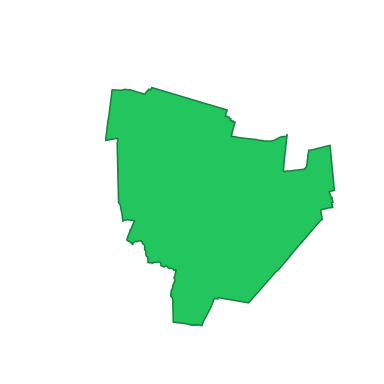 Pijnacker-Nootdorp, Zuid-Holland, Netherlands (Natural Earth projection), rotated 125°
{"feature_id": "6326949B78332299759776", "entity_name": "Pijnacker-Nootdorp", "entity_type": "district", "adm_level": 2, "iso_a3": "NLD", "parent_name": "Netherlands", "parent_adm1": "Zuid-Holland", "projection": "natural_earth1", "projection_center": [4.43, 52.011], "detail": "fine", "context": "isolated", "style": "filled", "palette": "green", "viewbox_px": 384, "rotation_deg": 125, "n_neighbors": 0, "source": "geoboundaries", "source_scale": "gbopen_adm2", "svg_char_len": 5649}
<svg xmlns="http://www.w3.org/2000/svg" viewBox="0 0 384 384"><g transform="rotate(125 192 192)"><path d="M154.1,316.0L155.6,315.3L157.7,314.1L159.7,313.0L161.8,311.9L163.7,311.0L172.4,306.4L178.1,303.4L181.4,301.9L183.3,301.0L184.1,300.5L187.4,298.8L190.2,297.2L193.0,295.8L194.8,294.8L196.9,293.7L198.3,292.9L199.2,292.1L196.7,289.8L195.8,288.7L190.9,284.1L191.4,283.7L191.2,283.3L191.4,283.1L191.6,282.8L192.2,282.4L192.7,282.0L193.2,281.7L193.6,281.6L194.4,281.7L242.8,246.1L243.5,244.0L243.9,243.3L246.8,240.4L250.2,236.7L251.5,235.4L253.1,234.1L253.4,233.9L255.5,232.0L254.2,231.3L253.8,231.1L252.8,230.2L252.6,229.7L252.1,229.4L251.9,229.2L248.5,222.7L248.8,222.6L249.8,222.3L253.9,221.6L254.2,221.4L255.4,221.2L255.6,221.1L259.2,220.4L259.2,220.5L259.3,220.4L265.6,219.0L265.8,218.7L267.8,218.3L268.4,218.0L268.7,217.8L268.8,216.8L268.8,216.0L268.6,215.9L268.7,215.6L268.5,215.2L268.4,214.9L268.5,214.8L268.5,214.7L268.5,214.1L268.3,213.6L268.2,213.5L268.4,213.3L268.5,213.1L269.1,210.8L269.1,210.7L268.9,210.6L268.6,210.5L268.1,210.7L267.9,210.7L267.0,210.9L266.6,210.9L266.6,210.7L265.6,210.2L264.9,209.9L264.7,209.7L264.2,208.5L264.0,208.2L263.8,208.1L262.9,207.8L262.5,207.5L262.5,207.4L262.3,207.0L261.9,206.4L261.2,205.8L261.1,205.6L261.3,205.5L261.4,205.4L261.4,205.1L261.2,204.8L261.2,204.5L261.7,204.2L262.0,203.9L262.2,203.7L262.3,203.6L262.3,203.3L262.3,203.0L262.5,202.8L262.5,202.5L262.8,202.0L262.8,201.8L262.7,201.4L262.8,200.9L262.9,200.4L263.3,199.9L263.5,199.5L264.1,199.1L265.0,198.7L265.6,198.3L266.1,198.0L266.3,197.7L266.6,197.4L266.6,197.1L266.5,196.6L266.7,196.3L267.3,195.7L268.3,195.2L269.4,194.3L269.8,193.8L270.8,192.4L270.7,191.7L270.8,191.1L270.8,190.6L271.5,190.3L271.8,189.9L272.1,189.7L272.3,189.4L272.8,189.3L273.0,189.2L273.3,188.8L273.5,188.6L274.9,187.8L275.1,187.6L274.9,187.3L274.4,186.7L274.2,185.9L274.1,185.7L273.5,185.2L273.5,184.8L273.3,184.6L273.1,184.4L273.0,184.2L272.9,184.1L272.9,183.9L273.1,183.7L272.7,183.5L272.5,183.2L271.8,182.8L270.9,182.2L270.3,181.4L270.1,181.1L270.1,180.8L269.9,180.6L269.1,180.2L268.9,179.7L268.7,179.6L268.5,179.2L268.3,179.0L268.2,178.5L268.0,178.2L267.9,177.8L268.0,177.6L268.3,177.2L268.3,176.5L268.8,176.1L269.9,175.5L270.0,175.4L270.1,175.1L270.3,174.9L270.2,174.7L269.6,173.8L269.6,173.6L269.7,172.9L269.7,172.3L269.6,172.2L269.2,171.8L268.9,171.6L268.1,171.2L267.5,170.9L267.3,170.7L267.2,170.1L267.2,169.8L267.5,169.1L267.6,168.7L267.8,168.1L267.7,167.6L267.4,166.2L267.1,165.9L266.6,165.7L266.4,165.6L266.1,164.6L266.1,164.2L266.0,163.8L266.0,163.3L266.3,162.4L266.4,162.0L266.3,161.7L266.2,161.5L266.0,161.2L265.8,161.2L265.1,161.1L265.1,160.4L265.3,160.1L265.6,159.8L266.4,159.7L266.9,159.6L267.2,159.4L267.6,159.2L268.0,159.0L268.9,158.7L269.5,158.4L270.1,158.1L271.5,157.8L271.7,157.6L271.9,157.4L272.2,157.4L272.4,157.6L272.8,157.3L272.8,157.2L273.8,155.9L274.1,155.4L274.5,155.1L275.3,154.9L276.8,154.7L278.4,154.2L279.2,154.2L279.6,154.1L280.5,153.7L281.4,153.1L281.8,152.9L282.4,152.7L283.8,152.6L285.1,152.2L285.5,152.0L286.1,151.8L286.2,151.7L286.5,151.1L287.3,150.9L287.8,150.9L288.1,150.7L289.6,149.6L289.4,148.9L289.8,147.7L290.4,147.0L291.0,146.2L299.2,140.2L306.6,134.7L309.4,132.6L308.3,130.7L307.6,129.4L306.1,126.5L305.8,126.0L304.4,123.7L302.1,118.2L301.1,116.1L301.3,116.1L301.0,115.7L300.5,114.3L299.8,114.4L299.5,113.5L299.1,113.6L298.9,113.3L299.2,113.2L298.5,111.4L297.7,111.5L295.8,107.2L292.0,108.3L275.4,110.4L266.3,112.6L264.8,109.5L263.5,109.9L250.3,82.0L232.1,80.0L217.0,78.3L209.7,77.6L208.7,77.4L206.1,76.5L199.9,75.9L193.9,75.4L193.4,75.1L193.1,75.3L190.7,75.0L188.2,74.9L188.2,75.0L169.5,73.3L169.7,73.1L162.3,72.5L162.3,72.4L162.2,72.3L161.9,72.4L157.3,72.0L157.3,71.9L156.8,71.9L147.4,71.0L144.7,70.7L144.8,70.7L142.4,70.4L140.5,70.0L139.9,69.5L133.0,76.2L132.5,76.0L125.4,69.8L125.3,69.7L125.4,69.3L125.3,69.2L125.2,69.0L124.8,69.0L124.6,68.7L124.5,68.4L123.7,68.0L123.0,68.9L122.4,69.4L121.8,69.6L122.2,70.1L121.6,70.5L121.4,70.7L121.5,70.8L120.8,71.5L119.6,70.6L118.6,71.6L118.0,72.3L117.6,72.8L116.3,74.0L117.0,74.6L116.4,75.0L114.7,77.6L113.8,78.9L113.7,78.8L113.0,79.8L111.4,78.4L110.6,77.7L109.0,76.3L74.6,105.7L74.7,105.8L88.2,117.5L89.7,119.0L90.1,119.5L90.8,120.3L92.5,119.3L93.8,119.0L105.0,112.9L106.7,113.1L107.9,112.5L108.6,113.2L108.9,113.1L109.0,113.2L110.7,115.2L112.1,116.7L112.4,117.1L114.0,118.8L115.3,120.3L116.5,121.6L117.0,122.3L118.3,123.5L120.4,126.3L120.8,126.8L121.6,127.4L122.3,128.3L122.6,128.6L122.6,128.8L122.5,129.0L122.0,129.4L120.7,130.2L113.0,134.6L112.0,135.2L110.6,136.0L110.1,136.2L108.9,136.9L102.7,140.2L102.3,140.3L101.4,141.2L101.0,141.4L99.9,141.8L97.3,143.2L96.6,143.6L95.3,144.3L90.6,146.9L90.7,147.1L92.0,146.4L94.0,148.7L96.3,151.1L103.1,154.7L105.2,156.8L107.7,160.5L108.4,161.4L108.9,162.4L109.0,162.7L110.0,164.9L110.9,166.3L111.4,167.3L111.7,168.1L112.1,169.3L112.9,170.6L113.5,171.9L113.9,172.7L116.2,176.8L117.4,179.1L119.4,182.6L121.4,186.8L121.6,187.4L122.6,189.4L123.4,190.7L123.9,191.6L122.0,192.3L122.0,192.5L120.3,193.2L117.2,194.3L110.0,196.8L111.1,198.8L110.3,199.1L111.5,201.5L109.9,202.0L110.2,202.7L109.4,204.6L110.4,207.0L110.1,207.1L110.7,208.3L104.5,210.2L105.4,212.4L111.9,231.9L113.0,234.9L112.9,234.9L129.5,284.9L132.0,284.4L132.5,285.5L132.3,285.5L132.6,286.5L134.0,286.3L134.4,286.7L134.6,286.7L135.3,286.7L136.9,286.8L138.8,286.7L140.5,291.1L141.4,293.9L141.8,295.0L142.5,297.6L143.4,300.4L143.9,301.8L144.4,302.1L145.2,303.5L145.7,304.7L145.9,305.0L146.5,305.8L146.7,306.3L146.9,306.5L148.4,307.5L148.8,307.7L149.0,307.8L149.7,309.1L151.3,311.5L152.7,313.9L153.7,315.3L154.1,316.0Z" fill="#22c55e" stroke="#15803d" stroke-width="1.5"/></g></svg>